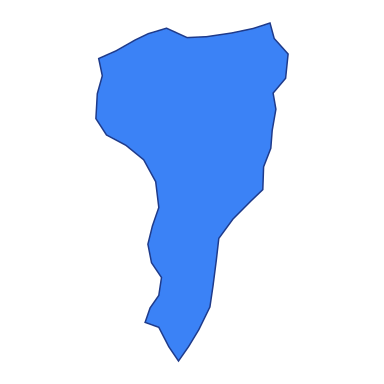 Poá, São Paulo, Brazil
{"feature_id": "56859067B52445004777120", "entity_name": "Poá", "entity_type": "district", "adm_level": 2, "iso_a3": "BRA", "parent_name": "Brazil", "parent_adm1": "São Paulo", "projection": "albers", "projection_center": [-46.347, -23.539], "detail": "fine", "context": "isolated", "style": "filled", "palette": "blue", "viewbox_px": 384, "rotation_deg": 0, "n_neighbors": 0, "source": "geoboundaries", "source_scale": "gbopen_adm2", "svg_char_len": 665}
<svg xmlns="http://www.w3.org/2000/svg" viewBox="0 0 384 384"><path d="M178.5,361.0L188.5,346.7L198.8,329.7L209.9,307.0L213.0,286.0L216.3,260.3L218.8,238.4L233.0,219.0L250.8,201.1L262.8,189.6L263.6,166.8L270.8,148.3L272.2,130.4L275.9,109.2L273.1,93.1L285.6,78.3L288.1,54.0L274.2,38.5L270.0,23.0L253.1,28.5L231.6,33.0L206.6,36.7L187.1,37.6L166.5,28.2L148.2,33.7L135.1,40.0L115.9,50.9L98.7,58.5L102.3,75.8L97.3,93.7L95.9,118.6L106.5,135.0L125.9,145.3L143.7,159.8L155.7,181.7L158.8,207.5L152.4,226.0L147.9,244.2L151.5,262.7L161.5,277.5L158.8,295.4L150.1,307.9L145.1,322.4L158.8,327.3L168.8,346.7L178.5,361.0Z" fill="#3b82f6" stroke="#1e3a8a" stroke-width="1.5"/></svg>